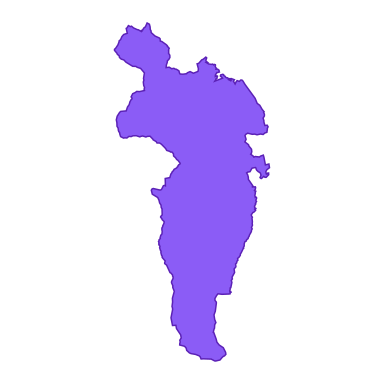 Albesti, Mures, Romania
{"feature_id": "2599482B11453022019549", "entity_name": "Albesti", "entity_type": "district", "adm_level": 2, "iso_a3": "ROU", "parent_name": "Romania", "parent_adm1": "Mures", "projection": "albers", "projection_center": [24.86, 46.242], "detail": "fine", "context": "isolated", "style": "filled", "palette": "violet", "viewbox_px": 384, "rotation_deg": 0, "n_neighbors": 0, "source": "geoboundaries", "source_scale": "gbopen_adm2", "svg_char_len": 5968}
<svg xmlns="http://www.w3.org/2000/svg" viewBox="0 0 384 384"><path d="M179.7,345.0L184.0,346.1L185.1,346.8L186.2,348.2L186.7,350.4L189.4,352.9L191.0,353.6L195.5,354.4L199.3,355.9L200.1,356.7L201.1,359.0L203.2,358.8L211.2,359.1L214.6,360.9L215.7,361.0L220.0,360.0L222.1,357.5L223.3,356.4L224.5,355.9L225.9,354.3L225.6,352.3L223.3,347.7L219.2,345.0L216.9,342.1L216.2,339.2L213.8,332.6L213.3,332.4L213.9,329.5L214.5,328.2L214.7,324.7L215.9,322.6L214.7,319.5L214.0,314.9L215.3,311.3L216.4,302.8L216.2,301.9L215.0,300.4L214.9,298.6L216.6,295.5L218.0,293.8L222.0,294.3L229.3,294.0L230.1,293.8L230.1,293.0L231.1,292.2L230.7,291.5L229.9,291.7L229.7,290.7L230.1,289.7L230.2,287.9L230.8,287.7L231.9,282.4L231.3,280.5L232.4,278.9L232.1,278.1L232.2,276.9L234.6,272.5L234.1,269.0L235.9,266.8L235.6,263.9L236.6,263.0L237.0,261.1L237.9,260.3L237.6,258.4L238.9,257.4L240.3,255.3L240.4,253.8L241.1,253.0L243.2,248.6L243.7,248.2L243.4,247.5L244.2,246.0L244.2,243.8L245.0,241.6L246.3,241.0L246.6,239.7L248.1,238.6L248.3,237.5L249.1,236.3L249.6,234.6L250.5,233.4L250.6,232.6L251.3,231.9L251.5,230.2L252.2,228.9L251.5,227.5L252.5,225.1L252.2,223.9L252.4,221.7L252.0,218.1L252.4,217.2L251.5,215.9L251.3,214.8L252.9,212.5L253.8,212.2L255.6,210.4L255.5,209.6L254.9,209.3L255.8,208.4L254.6,207.8L254.8,207.1L254.5,206.2L255.8,203.9L255.4,203.4L256.5,201.4L256.1,201.1L255.9,200.1L256.6,198.2L256.5,197.5L256.0,197.1L255.3,197.3L255.4,196.6L254.8,195.9L255.4,192.8L255.2,192.1L255.8,191.2L254.5,190.5L255.4,189.1L255.6,187.3L255.3,186.8L254.3,187.0L253.2,186.4L252.8,187.0L252.4,186.9L252.6,185.5L248.4,179.4L248.3,177.1L247.7,174.9L246.6,172.9L247.8,172.1L250.0,171.7L252.0,168.2L255.4,167.5L255.9,168.0L256.3,169.5L256.8,170.3L258.4,171.8L259.9,172.5L260.7,174.0L261.0,175.3L260.0,177.6L260.8,178.4L261.5,178.5L263.7,176.4L265.0,177.3L266.2,177.3L268.7,174.7L268.6,173.0L267.6,173.1L266.9,174.1L266.3,174.0L265.8,171.7L266.9,169.7L269.5,167.7L268.9,164.0L265.4,164.9L263.9,157.1L263.3,155.1L260.5,156.1L259.5,157.0L255.2,156.5L253.9,157.1L253.1,156.0L250.7,154.2L251.4,153.3L251.8,151.5L251.5,149.2L248.9,146.0L248.5,144.7L244.9,141.9L246.1,139.3L245.0,135.6L245.7,134.4L247.7,133.2L252.3,134.3L254.7,134.1L257.0,134.8L260.6,134.0L263.1,134.5L265.0,132.9L266.2,132.6L267.1,132.0L266.9,131.3L267.3,130.1L267.3,128.5L268.1,126.8L267.2,125.2L264.9,125.5L263.9,122.0L263.9,120.7L263.1,118.1L264.4,116.0L264.4,114.2L263.6,112.3L264.1,111.8L262.1,109.3L259.8,105.3L257.2,103.4L255.1,98.3L244.9,84.3L243.0,81.1L242.0,80.1L240.8,80.0L239.3,81.4L237.1,80.6L236.2,81.7L235.1,84.0L233.4,81.1L234.4,79.7L231.3,78.6L231.0,79.3L231.1,80.6L230.8,80.8L228.7,79.7L230.0,79.1L230.1,78.7L228.4,78.6L227.6,77.8L226.9,77.9L225.5,77.1L225.2,76.4L223.8,75.5L223.6,74.6L222.7,74.3L220.7,74.9L220.4,75.8L220.5,76.5L221.4,76.8L222.5,78.2L214.9,81.1L215.9,79.6L215.9,78.9L217.1,78.1L217.1,77.0L217.5,76.2L216.9,75.8L215.3,76.5L215.4,75.0L216.9,72.5L217.5,72.6L219.4,72.0L219.0,71.0L219.1,70.3L217.6,69.1L216.0,69.2L216.3,68.1L215.8,67.7L215.2,66.3L215.5,65.1L215.3,64.7L214.2,64.4L213.6,64.9L212.6,64.1L211.3,64.4L208.5,63.9L206.4,62.6L207.6,62.4L206.0,61.1L205.9,60.1L206.7,57.9L205.8,57.1L203.1,59.3L201.8,59.8L198.6,63.4L197.1,63.8L198.4,68.8L198.1,71.0L197.8,71.5L193.4,73.2L190.1,71.6L187.3,72.8L186.6,73.7L182.9,74.2L180.1,74.0L179.6,73.3L178.9,70.8L176.3,69.2L175.2,69.1L173.9,68.3L171.7,68.7L169.2,67.2L166.1,67.6L166.4,64.8L167.2,62.6L167.4,60.8L168.8,59.5L169.9,57.5L169.8,55.2L168.5,53.1L168.8,52.1L168.5,50.7L168.8,50.2L168.7,49.2L169.2,48.3L168.3,47.1L167.4,46.6L167.4,45.8L166.3,44.7L161.7,41.4L160.3,41.1L160.1,38.8L159.4,38.0L155.0,36.0L151.2,32.6L151.0,30.8L150.3,29.6L150.1,26.9L149.4,24.2L147.1,23.0L145.4,26.8L143.8,28.0L143.4,28.9L142.9,29.3L142.7,30.0L141.6,30.4L141.9,31.2L141.4,31.6L138.4,29.8L137.2,29.6L133.5,27.9L131.5,26.2L130.4,26.6L128.4,25.6L127.0,27.9L126.2,28.4L127.3,33.3L123.7,34.5L121.9,36.6L120.6,39.6L119.1,40.9L119.0,42.0L117.9,44.9L115.7,48.2L114.5,49.3L114.5,50.4L116.9,53.2L117.4,54.4L119.1,55.7L119.5,57.5L121.2,59.1L123.8,59.9L126.0,62.2L132.7,66.3L135.9,66.4L137.2,67.3L140.6,68.4L144.4,72.9L143.5,78.6L143.9,80.1L143.3,82.0L143.7,85.4L144.6,87.7L144.1,89.1L144.5,90.5L139.5,91.6L136.7,91.4L135.3,92.5L132.7,93.7L131.1,96.9L132.0,98.1L132.0,98.9L131.1,99.7L129.9,101.9L129.2,104.6L127.5,107.0L126.2,110.9L120.7,111.4L119.6,112.4L117.2,116.2L116.3,119.9L116.9,122.7L117.0,126.3L118.1,128.1L118.4,130.5L118.8,131.7L119.5,132.4L119.9,134.4L120.6,136.6L123.6,138.1L124.9,137.8L126.9,138.0L128.9,136.4L131.2,136.6L132.9,135.8L136.3,135.7L139.9,136.9L140.7,136.4L142.7,136.0L145.9,137.0L147.3,136.4L150.0,136.2L152.9,139.2L153.1,139.8L156.2,141.6L157.0,143.0L159.6,143.0L161.4,144.2L165.6,148.5L166.7,150.4L169.8,151.4L170.4,152.0L172.0,152.1L173.4,153.7L173.6,156.0L175.5,157.7L176.7,159.5L178.0,160.4L180.2,163.3L179.8,164.2L178.8,164.7L178.0,165.7L177.8,166.7L177.1,167.1L176.7,167.9L174.0,169.4L173.6,170.4L172.0,172.1L171.8,172.9L170.9,174.0L169.8,177.6L165.2,178.5L165.4,185.8L164.4,185.4L163.4,185.7L161.5,189.5L160.2,190.1L153.2,188.5L152.1,188.9L151.3,190.2L152.3,194.2L157.7,197.5L159.0,200.3L159.6,202.9L161.0,205.1L161.2,207.5L162.0,208.8L162.2,214.8L160.7,216.5L160.6,217.1L162.0,219.0L162.1,219.6L164.1,221.5L164.1,222.5L163.8,223.7L162.7,225.9L162.7,226.7L161.9,228.0L161.9,230.0L162.2,231.3L162.0,233.5L161.7,234.4L160.8,235.2L160.1,237.8L160.3,238.5L159.0,239.9L159.0,240.8L158.5,241.5L159.0,242.8L158.8,243.4L159.1,244.2L158.8,244.8L159.5,245.3L160.0,246.8L159.6,247.7L160.5,250.5L161.0,251.1L160.9,252.8L161.6,255.4L162.2,256.2L162.2,257.5L165.2,261.0L164.7,262.5L164.7,263.6L166.6,265.1L170.0,272.6L170.8,273.0L172.5,274.9L172.6,276.1L173.1,276.9L173.0,278.6L171.6,281.4L171.5,282.7L172.8,285.7L172.8,287.6L174.3,291.3L172.4,298.3L172.6,302.0L172.0,306.5L172.5,308.0L172.6,309.6L171.0,317.8L172.5,325.5L175.9,325.3L176.5,328.6L180.7,334.9L181.2,338.0L179.8,340.2L180.2,342.0L179.8,343.4L179.7,345.0Z" fill="#8b5cf6" stroke="#5b21b6" stroke-width="1.5"/></svg>